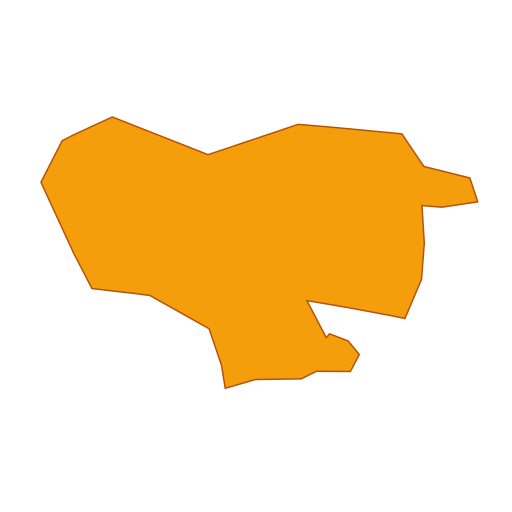 the district of Gurvansaixan, Dundgovi, Mongolia, rotated 183°
{"feature_id": "93677404B69080811901950", "entity_name": "Gurvansaixan", "entity_type": "district", "adm_level": 2, "iso_a3": "MNG", "parent_name": "Mongolia", "parent_adm1": "Dundgovi", "projection": "robinson", "projection_center": [107.027, 45.584], "detail": "fine", "context": "isolated", "style": "filled", "palette": "amber", "viewbox_px": 512, "rotation_deg": 183, "n_neighbors": 0, "source": "geoboundaries", "source_scale": "gbopen_adm2", "svg_char_len": 619}
<svg xmlns="http://www.w3.org/2000/svg" viewBox="0 0 512 512"><g transform="rotate(183 256 256)"><path d="M418.1,214.9L384.9,212.8L373.2,212.1L359.9,211.0L299.0,180.9L284.8,145.2L279.8,122.3L250.2,132.6L204.4,135.7L189.7,144.0L155.7,145.6L147.7,163.0L159.5,176.0L178.5,182.1L181.6,178.2L202.8,214.1L165.7,209.8L118.5,203.6L104.0,201.4L89.5,241.3L88.6,277.5L92.9,315.0L72.8,314.5L37.4,321.7L46.5,345.1L86.9,353.0L93.1,354.2L116.7,385.6L187.7,388.6L220.7,389.7L309.2,354.7L312.3,355.7L406.8,387.3L444.6,367.4L455.6,361.0L474.6,318.4L438.3,249.4L418.1,214.9Z" fill="#f59e0b" stroke="#b45309" stroke-width="1.5"/></g></svg>